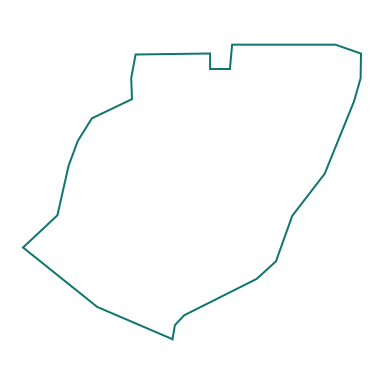 Manafwa, orthographic projection
{"feature_id": "UGA-3116", "entity_name": "Manafwa", "entity_type": "District", "adm_level": 1, "iso_a3": "UGA", "parent_name": "Uganda", "parent_adm1": "", "projection": "orthographic", "projection_center": [34.325, 0.877], "detail": "fine", "context": "isolated", "style": "outline", "palette": "teal", "viewbox_px": 384, "rotation_deg": 0, "n_neighbors": 0, "source": "natural_earth", "source_scale": "10m", "svg_char_len": 422}
<svg xmlns="http://www.w3.org/2000/svg" viewBox="0 0 384 384"><path d="M361.0,53.6L360.6,78.3L354.0,101.4L324.7,173.7L292.2,215.9L276.0,261.3L256.6,278.9L184.3,315.2L174.9,325.1L172.5,339.3L172.0,339.0L97.3,307.0L23.0,247.5L57.4,215.3L68.6,165.7L77.8,140.9L91.9,118.3L132.0,99.1L131.2,78.2L135.6,54.5L210.1,53.5L210.1,69.0L229.9,69.0L232.1,44.7L335.5,44.7L361.0,53.6Z" fill="none" stroke="#0f766e" stroke-width="2"/></svg>